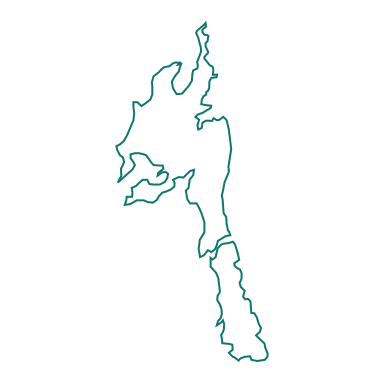 Taean-gun, South Chungcheong, South Korea
{"feature_id": "91817680B59614790278386", "entity_name": "Taean-gun", "entity_type": "district", "adm_level": 2, "iso_a3": "KOR", "parent_name": "South Korea", "parent_adm1": "South Chungcheong", "projection": "albers", "projection_center": [126.283, 36.694], "detail": "fine", "context": "isolated", "style": "outline", "palette": "teal", "viewbox_px": 384, "rotation_deg": 0, "n_neighbors": 0, "source": "geoboundaries", "source_scale": "gbopen_adm2", "svg_char_len": 3371}
<svg xmlns="http://www.w3.org/2000/svg" viewBox="0 0 384 384"><path d="M223.3,116.8L219.1,120.0L216.9,120.2L213.7,118.2L211.9,121.0L209.2,120.7L206.0,120.7L202.5,122.7L201.6,128.1L198.3,129.6L197.4,125.2L199.1,119.7L195.4,117.0L197.8,114.5L202.8,112.8L206.5,110.4L209.0,109.1L210.9,107.6L211.2,105.7L206.2,105.2L201.3,104.2L201.8,99.7L203.5,96.3L206.2,94.6L206.2,92.1L208.2,90.6L209.2,87.6L209.4,81.5L211.4,77.8L216.4,77.3L217.1,74.6L212.9,74.8L213.4,69.6L212.4,66.4L210.4,65.7L208.7,64.0L207.0,61.7L204.5,58.8L204.3,57.1L208.2,52.6L207.5,50.4L205.7,46.7L205.5,43.2L207.5,41.3L208.4,35.9L206.7,34.9L204.5,34.9L202.5,32.4L202.3,29.9L204.3,28.0L206.0,26.7L205.5,23.0L203.8,25.0L200.8,27.5L197.1,30.7L196.1,32.9L198.3,37.8L199.6,43.3L200.8,47.2L201.1,51.4L199.6,55.6L197.1,62.2L197.8,65.4L197.4,68.4L193.2,70.4L192.4,73.8L191.9,80.7L188.7,85.9L182.1,93.6L176.6,94.1L172.9,88.1L171.9,81.7L173.9,77.8L176.4,74.3L178.6,71.9L179.3,69.4L181.1,64.0L178.1,64.7L179.8,62.7L175.4,62.5L172.7,63.5L169.5,66.2L164.3,67.2L161.6,69.1L158.9,72.2L153.5,76.4L151.9,82.2L152.3,86.8L152.3,94.5L150.4,99.5L145.4,103.4L141.5,106.1L137.3,102.2L133.4,102.2L133.4,106.8L134.2,113.4L133.4,120.3L127.2,135.0L123.7,141.2L120.2,144.2L116.4,146.2L117.1,149.6L119.8,155.1L122.9,157.4L124.1,162.0L122.5,165.9L121.0,168.6L121.3,175.9L117.8,182.5L132.5,169.4L134.9,165.1L132.9,161.3L130.6,158.2L130.6,154.3L134.9,153.2L138.7,153.2L142.2,153.9L146.1,155.1L151.5,162.8L153.8,165.1L159.2,165.5L162.7,165.5L163.4,169.0L158.4,172.5L157.6,175.6L162.7,172.1L165.8,172.1L168.1,173.7L167.3,177.9L165.0,181.8L160.0,184.5L153.8,184.5L149.5,184.1L147.2,179.8L142.6,179.8L138.7,183.3L136.0,186.0L131.7,187.9L132.5,192.2L132.1,196.8L126.7,196.8L126.3,200.3L124.8,204.9L130.2,204.1L136.8,200.3L139.1,200.3L143.7,200.3L148.0,202.2L153.0,202.6L156.9,199.9L158.8,196.4L162.3,192.6L166.5,191.4L170.8,189.5L174.3,186.4L174.6,182.9L173.1,179.8L178.5,177.1L183.5,177.5L185.8,175.2L190.1,171.0L194.0,169.8L193.2,175.2L189.7,179.5L188.5,188.0L185.8,190.7L187.4,199.5L190.1,203.4L196.7,203.4L199.0,207.7L201.3,212.7L204.4,222.4L204.4,232.4L199.8,239.8L199.4,243.6L198.6,248.7L200.1,257.2L204.0,255.2L207.9,250.2L211.4,252.1L214.8,249.4L216.8,245.2L217.9,240.9L225.3,236.3L230.3,235.2L229.3,232.2L227.8,230.2L227.3,226.8L226.6,224.0L226.3,217.4L225.3,215.6L223.6,213.2L223.3,208.7L222.6,199.5L221.8,195.7L223.3,189.1L224.5,182.5L229.0,171.4L228.4,167.1L231.2,149.0L228.9,129.8L226.6,120.1L223.3,116.8ZM237.3,251.7L235.0,244.4L233.0,241.7L228.0,243.2L223.7,243.6L221.0,244.8L217.6,248.3L215.6,257.2L212.5,259.5L210.6,257.9L210.6,263.4L210.6,266.8L216.0,272.7L218.3,278.1L219.5,288.1L219.9,292.0L217.6,295.9L217.2,300.1L219.9,304.4L221.5,309.4L221.8,314.1L220.7,318.0L218.0,321.1L216.8,325.3L221.1,322.6L223.0,320.3L224.2,324.5L223.8,329.6L222.6,332.7L221.1,335.0L221.9,338.9L222.3,343.2L229.2,343.9L232.3,344.7L232.7,349.7L228.9,352.8L232.7,356.7L234.7,357.5L238.6,360.6L240.5,358.3L245.1,356.7L250.2,356.3L251.4,359.8L257.2,361.0L264.9,359.8L267.6,356.3L267.6,353.6L265.3,347.8L264.5,343.5L259.5,338.9L256.0,335.4L259.8,331.9L261.0,328.0L258.7,323.7L256.7,317.2L254.4,313.3L251.3,312.9L250.9,307.9L250.5,301.3L248.2,299.0L245.1,299.3L243.1,296.6L244.7,290.8L240.8,287.0L239.6,283.1L241.6,278.4L241.6,273.4L240.0,269.5L236.9,268.0L234.6,265.7L234.2,263.3L239.2,259.9L237.3,251.7Z" fill="none" stroke="#0f766e" stroke-width="2"/></svg>